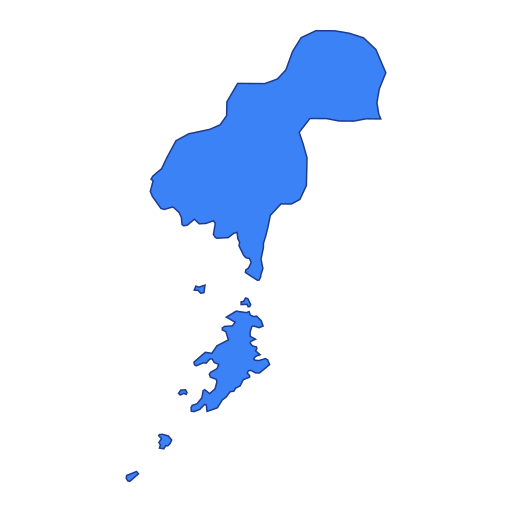 Sonchon, P'yŏngan-bukto, North Korea (orthographic projection)
{"feature_id": "82179303B49493469146837", "entity_name": "Sonchon", "entity_type": "district", "adm_level": 2, "iso_a3": "PRK", "parent_name": "North Korea", "parent_adm1": "P'yŏngan-bukto", "projection": "orthographic", "projection_center": [124.88, 39.674], "detail": "fine", "context": "isolated", "style": "filled", "palette": "blue", "viewbox_px": 512, "rotation_deg": 0, "n_neighbors": 0, "source": "geoboundaries", "source_scale": "gbopen_adm2", "svg_char_len": 2857}
<svg xmlns="http://www.w3.org/2000/svg" viewBox="0 0 512 512"><path d="M315.9,30.7L301.2,37.6L292.6,51.4L285.9,69.8L277.4,79.0L264.8,83.6L250.2,83.5L237.7,83.4L226.9,101.8L226.6,115.7L220.1,124.8L209.6,129.4L199.1,131.6L188.7,133.8L176.0,140.7L167.3,156.8L161.6,168.7L156.3,173.1L152.7,176.3L151.1,179.3L153.1,180.8L150.3,191.4L152.5,196.6L161.0,208.5L164.4,209.4L172.6,207.0L174.3,208.0L179.1,212.6L181.3,217.1L182.0,224.5L183.8,225.8L187.4,225.1L194.4,219.2L199.2,223.8L206.2,223.4L206.6,223.2L213.4,220.8L215.3,223.3L213.4,234.5L215.3,237.4L217.1,238.2L228.3,237.6L233.7,233.3L237.1,232.4L237.8,238.7L239.6,242.2L239.0,245.8L243.6,255.2L245.8,257.7L249.4,258.5L251.2,262.5L248.5,268.0L245.8,269.9L245.4,272.5L251.8,276.7L257.5,280.3L259.2,280.0L260.7,276.8L260.7,275.4L262.9,268.5L261.0,259.2L263.4,247.7L263.5,243.1L265.7,236.1L268.0,226.9L270.3,215.4L281.0,203.9L291.4,204.0L299.9,199.4L306.4,185.5L306.7,171.7L307.0,157.8L303.1,143.9L299.2,132.3L309.9,118.5L326.6,118.6L339.0,121.0L353.6,121.1L366.2,118.8L376.6,118.9L380.8,118.9L378.8,114.3L376.9,102.7L379.3,88.9L385.8,72.7L381.8,63.4L375.9,49.5L363.6,37.9L349.1,33.2L345.6,32.6L334.6,30.8L315.9,30.7ZM239.8,311.7L236.2,311.1L226.3,317.1L235.1,322.2L232.4,325.9L224.6,326.4L222.3,328.0L222.3,329.9L225.9,331.7L228.4,339.9L216.9,345.8L211.9,353.3L205.3,352.3L193.9,362.2L194.5,364.8L196.2,365.8L197.0,365.5L203.0,362.9L206.2,363.1L209.9,359.0L212.2,359.0L214.2,362.5L218.7,364.3L217.1,368.6L210.6,372.3L209.3,374.2L210.4,377.1L216.2,379.3L216.9,381.8L215.1,388.8L209.7,393.6L204.7,389.7L203.1,390.7L201.9,397.7L196.9,403.9L192.3,405.3L191.1,407.4L191.3,411.2L194.1,411.6L199.8,409.4L204.6,404.4L206.3,405.0L206.5,406.8L207.0,411.4L213.3,409.3L217.4,407.8L222.3,399.9L226.1,397.1L230.2,391.7L233.8,391.2L235.6,388.2L240.1,385.9L243.3,379.7L249.6,377.2L249.6,375.5L247.3,373.1L248.3,370.9L250.8,370.3L255.5,372.9L259.5,373.0L269.6,364.6L267.6,359.8L265.4,358.6L263.8,359.1L258.5,360.6L254.6,360.1L253.8,359.0L255.4,356.5L260.1,354.7L255.5,350.8L256.8,348.8L256.5,346.9L252.5,346.0L250.1,343.1L250.9,341.4L255.5,339.2L250.2,336.3L250.1,332.3L251.7,326.8L253.2,325.9L259.2,327.7L263.1,326.0L261.2,320.7L256.6,316.1L253.7,316.6L250.2,315.0L249.1,311.6L246.4,312.6L239.8,311.7ZM170.1,443.5L171.7,440.0L168.3,435.9L162.5,434.3L159.4,434.6L158.7,435.7L161.5,438.6L158.9,442.5L160.4,444.9L159.4,448.1L163.8,448.8L165.7,445.7L167.8,445.8L170.1,443.5ZM138.5,473.8L136.5,471.5L126.6,475.5L126.2,478.2L127.8,480.9L129.9,481.3L138.5,473.8ZM205.0,285.1L198.9,287.1L195.9,286.1L194.2,290.1L197.9,290.3L200.7,293.2L204.0,292.7L205.0,285.1ZM247.8,298.6L245.5,298.0L243.6,301.4L241.1,301.9L241.1,304.6L246.9,304.3L248.2,306.8L249.7,306.6L250.7,304.5L247.8,298.6ZM187.0,392.5L185.5,389.8L180.8,390.1L178.5,393.3L180.2,395.0L183.8,393.4L186.2,394.4L187.0,392.5Z" fill="#3b82f6" stroke="#1e3a8a" stroke-width="1.5"/></svg>